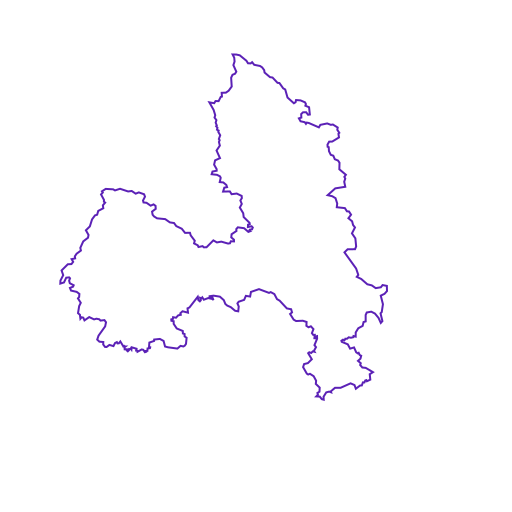 Myitkyina, Kachin, Myanmar, rotated 304°
{"feature_id": "60261553B87045265182451", "entity_name": "Myitkyina", "entity_type": "district", "adm_level": 2, "iso_a3": "MMR", "parent_name": "Myanmar", "parent_adm1": "Kachin", "projection": "albers", "projection_center": [97.226, 25.827], "detail": "fine", "context": "isolated", "style": "outline", "palette": "violet", "viewbox_px": 512, "rotation_deg": 304, "n_neighbors": 0, "source": "geoboundaries", "source_scale": "gbopen_adm2", "svg_char_len": 6152}
<svg xmlns="http://www.w3.org/2000/svg" viewBox="0 0 512 512"><g transform="rotate(304 256 256)"><path d="M272.7,397.2L278.1,391.3L279.8,391.6L287.0,388.2L292.9,381.6L296.5,383.7L300.2,384.2L304.4,381.2L302.7,377.2L299.9,377.0L296.3,373.2L296.4,368.4L294.8,364.1L295.8,356.1L295.1,351.2L297.5,351.4L301.6,346.0L308.5,327.3L312.8,328.2L317.0,334.3L319.9,333.7L326.2,328.5L328.4,322.9L335.0,322.1L336.0,319.1L338.5,316.3L339.0,311.5L343.4,311.7L344.9,308.2L343.9,306.4L345.4,302.9L341.6,295.7L344.9,294.0L348.4,289.6L348.2,285.8L346.5,281.4L356.4,283.9L363.3,291.3L366.9,287.6L370.1,286.7L371.0,285.0L373.6,285.1L374.5,276.6L380.0,273.1L381.0,270.6L380.3,267.2L382.4,264.0L381.7,261.4L383.7,257.9L386.9,255.4L386.6,254.3L388.3,253.0L391.7,252.7L393.5,255.2L400.7,258.5L403.4,256.0L404.7,256.2L406.1,252.8L408.2,251.9L408.0,246.2L406.6,244.7L405.7,240.9L400.7,236.0L397.8,236.2L395.8,225.4L395.0,223.5L393.5,223.5L394.2,221.6L392.6,217.6L394.1,214.6L396.1,216.2L398.9,214.1L401.4,214.6L403.2,217.2L402.2,220.2L403.4,221.5L409.0,216.8L408.2,212.9L409.9,212.4L410.8,210.7L409.9,205.9L407.7,202.0L405.6,202.8L403.8,202.0L405.0,193.5L410.4,187.1L410.2,184.8L412.5,178.7L411.6,177.0L413.2,169.9L412.1,167.6L412.9,160.5L414.7,158.8L415.8,155.6L415.8,153.1L413.5,147.6L414.5,144.4L412.7,143.9L411.3,141.6L412.5,138.9L413.3,130.3L412.0,127.0L410.0,123.9L408.2,127.1L405.2,129.5L401.6,130.5L397.8,136.6L395.4,136.7L393.1,135.2L389.9,135.7L382.9,141.1L377.7,140.9L374.6,139.7L372.1,136.3L369.1,138.6L368.1,137.8L363.5,138.4L361.8,135.8L359.3,135.9L357.3,131.4L353.4,139.2L349.9,143.5L347.6,144.2L346.5,147.2L344.0,148.0L342.3,150.5L341.3,150.4L340.8,152.3L338.9,153.0L339.1,154.9L337.8,155.3L336.1,158.8L332.2,159.8L331.7,161.1L329.8,161.5L327.3,164.3L321.4,164.3L317.0,171.4L312.4,168.6L308.3,170.2L306.0,174.8L304.7,175.7L301.7,172.7L299.0,173.5L301.5,178.3L301.9,181.6L301.1,183.0L297.0,184.6L298.7,187.8L298.3,191.7L296.9,193.5L294.9,191.5L291.0,192.7L294.9,198.2L293.6,201.2L297.0,205.1L297.8,210.5L296.1,211.9L293.3,212.0L291.2,215.1L287.1,215.5L284.3,221.5L281.4,224.0L279.9,232.1L278.9,233.0L277.5,231.9L275.5,233.1L278.2,235.7L277.8,237.4L275.9,237.8L274.3,236.1L273.3,236.2L273.3,237.3L271.7,236.2L272.4,230.6L269.6,224.9L267.3,224.6L265.8,225.8L260.4,223.6L257.6,225.1L257.2,228.6L255.8,229.6L254.1,226.9L252.0,227.3L250.7,225.9L248.5,219.2L245.4,216.0L245.1,211.9L235.6,210.1L234.0,207.9L234.3,206.2L231.3,203.3L232.3,201.7L231.8,197.6L234.4,196.7L236.6,190.3L238.3,188.3L235.5,184.2L237.1,179.2L236.2,173.2L237.5,169.6L235.7,165.8L235.8,160.1L231.9,152.9L231.8,149.3L232.4,147.2L234.7,145.0L239.0,146.5L241.4,144.7L241.5,142.2L238.8,140.5L238.9,135.5L237.5,132.8L238.8,131.3L243.1,130.8L244.6,128.7L243.2,123.3L240.4,121.4L240.4,116.6L238.0,113.9L235.7,105.7L231.5,102.4L231.4,100.3L227.6,93.9L223.5,92.1L222.9,93.5L220.4,93.1L217.5,98.6L216.0,99.5L215.9,101.1L212.4,100.7L210.2,102.7L205.2,100.0L201.4,101.2L199.6,99.8L194.7,99.6L187.6,101.7L182.2,100.6L179.8,105.4L177.2,106.5L171.5,104.6L164.5,105.8L162.6,107.8L157.6,106.0L154.4,106.0L152.9,107.4L150.3,104.9L148.9,107.7L146.1,107.5L143.9,104.6L135.3,102.9L132.3,106.9L126.3,107.6L123.7,109.2L126.7,111.6L131.9,110.8L133.8,113.1L133.5,114.3L131.0,114.9L129.3,116.9L129.8,121.2L128.3,121.5L125.5,119.6L123.9,122.0L126.0,127.4L125.8,130.8L123.1,132.3L121.3,132.1L119.2,136.9L115.6,137.4L109.1,140.4L108.8,142.9L105.8,145.5L107.7,145.7L108.3,147.3L106.7,149.8L112.1,151.9L112.9,157.2L114.8,158.8L115.9,161.5L115.5,163.2L118.1,166.2L117.2,168.7L113.3,170.3L101.9,170.0L97.9,171.1L97.4,174.1L99.3,177.5L97.2,178.8L96.2,181.7L97.0,183.0L100.3,184.2L101.6,188.2L105.0,187.8L106.8,188.8L106.1,190.1L106.9,191.1L109.3,191.3L106.9,196.5L108.4,197.3L107.3,197.3L108.0,198.4L106.8,198.0L105.2,199.3L105.9,200.3L105.3,202.6L106.2,202.8L106.4,201.1L107.4,202.9L108.8,202.7L107.3,203.4L109.4,203.8L108.9,205.0L110.8,204.0L112.3,208.8L110.6,209.5L111.1,210.5L110.3,211.3L114.6,213.5L115.2,215.0L114.1,217.7L114.9,218.3L115.3,217.3L116.6,219.0L118.7,217.8L120.3,219.6L121.2,219.3L120.9,218.1L124.6,216.0L128.6,219.0L129.8,218.3L133.5,222.7L133.9,226.9L130.1,231.2L131.1,234.1L135.3,242.6L139.3,243.7L140.4,246.4L141.9,247.1L144.0,247.1L149.4,244.2L149.4,241.8L151.4,240.4L150.9,238.7L152.9,237.2L151.6,230.8L153.7,225.7L155.9,224.2L155.0,222.1L156.1,221.2L157.4,222.3L158.9,221.5L160.1,224.2L163.3,224.7L165.2,226.5L166.2,225.3L169.1,226.0L171.0,231.3L174.3,228.5L176.1,229.6L189.6,230.5L187.2,232.9L187.0,234.8L188.4,235.0L190.1,233.1L190.5,234.5L191.7,234.6L190.6,237.2L194.4,239.9L196.0,244.0L195.7,245.4L197.7,242.4L196.1,240.4L196.7,240.0L199.4,243.0L202.1,248.8L201.4,254.0L199.1,257.4L198.8,259.9L199.5,263.7L198.9,269.3L200.2,272.2L204.5,269.9L206.3,267.1L208.4,267.2L213.0,270.7L217.3,269.9L219.1,273.8L223.4,271.9L230.2,277.0L232.7,287.4L234.3,288.4L234.7,292.5L232.0,297.5L232.2,300.6L229.8,310.9L231.5,314.9L229.4,317.4L227.0,316.7L224.3,322.8L224.5,325.6L228.5,331.0L229.6,334.8L226.3,336.8L226.3,339.4L228.4,340.8L227.5,344.5L223.3,345.5L222.6,347.5L223.5,348.8L220.5,350.4L221.2,351.6L222.1,351.7L222.4,350.3L223.7,351.4L221.6,352.9L214.8,354.3L214.0,356.7L209.7,357.1L209.3,358.0L208.7,356.4L206.5,356.0L206.0,354.0L204.6,353.6L201.6,360.0L196.2,358.9L193.3,356.3L190.2,357.2L186.9,363.9L186.9,365.5L188.5,366.6L188.6,371.0L186.2,375.6L183.4,377.1L182.5,382.4L179.0,384.5L176.8,383.5L175.6,384.9L173.3,384.5L175.1,387.5L174.1,390.6L174.7,392.5L177.1,390.7L182.2,390.5L184.5,392.5L185.0,394.5L185.6,393.7L190.9,395.2L194.0,399.8L203.3,405.6L204.1,409.8L201.8,413.0L206.8,414.7L207.9,416.1L211.0,415.3L211.8,416.6L213.9,416.2L214.8,416.9L214.2,418.0L217.4,419.9L221.6,416.4L225.1,417.9L224.6,409.5L223.0,406.5L223.9,403.3L225.7,402.8L226.1,399.2L229.3,400.0L232.1,399.0L231.9,397.4L233.1,395.3L232.2,395.0L232.2,392.9L235.0,388.4L231.8,385.8L234.1,381.5L232.8,375.1L233.5,374.2L235.3,374.9L235.5,376.4L237.0,376.5L236.9,375.7L238.4,377.8L240.4,378.3L241.3,380.4L243.1,382.1L244.2,381.6L244.9,383.7L248.4,381.4L253.3,381.2L257.7,383.5L261.4,382.1L263.1,383.5L268.4,379.9L271.1,379.4L274.3,382.7L274.8,386.8L273.2,392.2L270.3,396.9L272.7,397.2Z" fill="none" stroke="#5b21b6" stroke-width="2"/></g></svg>